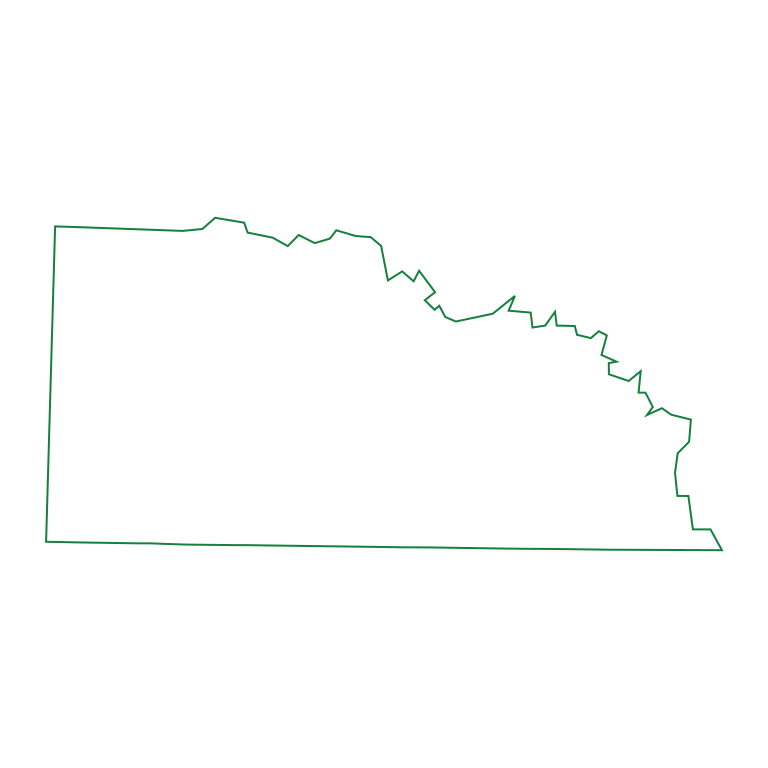 Union, Arkansas, United States of America
{"feature_id": "52423323B83762983029089", "entity_name": "Union", "entity_type": "district", "adm_level": 2, "iso_a3": "USA", "parent_name": "United States of America", "parent_adm1": "Arkansas", "projection": "albers", "projection_center": [-92.475, 33.198], "detail": "fine", "context": "isolated", "style": "outline", "palette": "green", "viewbox_px": 768, "rotation_deg": 0, "n_neighbors": 0, "source": "geoboundaries", "source_scale": "gbopen_adm2", "svg_char_len": 1152}
<svg xmlns="http://www.w3.org/2000/svg" viewBox="0 0 768 768"><path d="M55.1,226.4L48.1,471.4L46.1,541.8L59.0,542.0L77.1,542.4L135.1,543.3L144.9,543.3L152.2,543.4L152.4,543.4L162.1,543.8L187.3,544.6L233.8,545.1L239.9,545.1L240.1,545.1L240.9,545.2L246.6,545.1L249.9,545.2L383.3,547.0L402.5,547.3L404.2,547.3L427.4,547.4L500.6,548.5L506.0,548.6L525.8,548.8L557.6,549.0L608.9,549.7L721.9,550.2L710.5,529.4L692.9,529.4L688.4,496.0L677.4,495.9L675.0,472.7L677.7,453.3L689.1,441.7L690.9,419.6L671.2,414.7L661.9,408.2L647.0,415.0L652.8,407.0L645.5,392.7L638.6,392.6L640.7,371.2L628.6,381.0L608.9,374.3L608.8,363.1L616.5,361.7L601.5,355.0L606.8,335.4L598.8,331.3L590.9,338.1L577.0,334.8L574.8,326.0L556.7,325.6L555.0,311.8L545.2,325.6L532.5,327.5L530.7,312.6L508.7,310.7L514.9,295.9L492.8,313.7L455.8,321.5L445.3,317.0L439.3,305.8L434.6,309.8L424.8,300.2L435.1,292.2L419.1,270.8L413.6,281.3L402.2,271.4L387.9,280.4L381.1,245.9L370.7,237.1L356.1,236.1L336.3,230.3L329.9,238.6L314.7,243.1L298.6,235.0L287.8,246.1L272.7,237.7L247.6,232.6L244.2,222.7L215.1,217.8L202.3,229.0L182.7,230.9L80.2,227.2L55.1,226.4Z" fill="none" stroke="#15803d" stroke-width="2"/></svg>